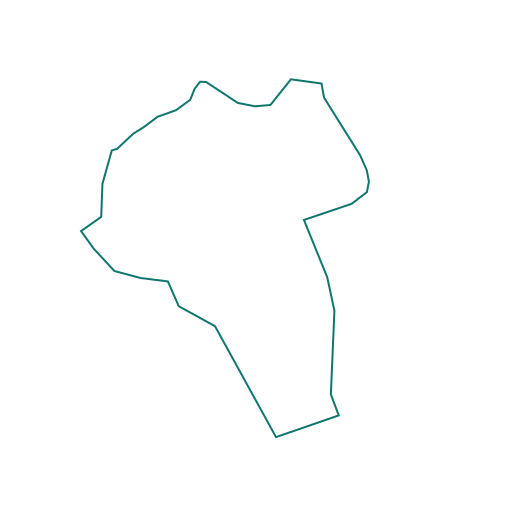 the Municipality of Varaklanu, rotated 241°
{"feature_id": "LVA-5800", "entity_name": "Varaklanu", "entity_type": "Municipality", "adm_level": 1, "iso_a3": "LVA", "parent_name": "Latvia", "parent_adm1": "", "projection": "orthographic", "projection_center": [26.664, 56.633], "detail": "fine", "context": "isolated", "style": "outline", "palette": "teal", "viewbox_px": 512, "rotation_deg": 241, "n_neighbors": 0, "source": "natural_earth", "source_scale": "10m", "svg_char_len": 607}
<svg xmlns="http://www.w3.org/2000/svg" viewBox="0 0 512 512"><g transform="rotate(241 256 256)"><path d="M418.2,181.0L417.1,186.5L422.5,208.0L423.1,220.2L425.5,237.4L422.3,256.7L424.5,274.2L432.1,283.5L435.5,291.6L432.4,296.7L398.7,314.3L387.4,327.7L381.1,341.8L393.6,372.2L375.1,396.9L361.5,392.3L293.6,395.9L277.0,394.4L266.1,390.7L258.1,383.9L255.3,364.9L264.3,315.4L202.9,308.0L170.2,298.1L98.7,254.4L76.5,251.1L87.9,185.7L214.5,186.1L249.5,164.1L276.5,166.6L292.6,144.5L311.5,124.9L341.1,117.6L362.6,115.1L365.3,139.6L393.6,156.7L418.2,181.0Z" fill="none" stroke="#0f766e" stroke-width="2"/></g></svg>